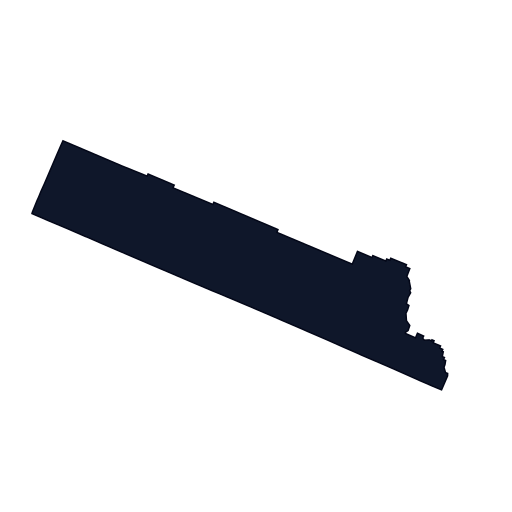 the district of Washoe, Nevada, United States of America, rotated 293°
{"feature_id": "52423323B90728161292494", "entity_name": "Washoe", "entity_type": "district", "adm_level": 2, "iso_a3": "USA", "parent_name": "United States of America", "parent_adm1": "Nevada", "projection": "albers", "projection_center": [-119.703, 40.582], "detail": "fine", "context": "isolated", "style": "filled", "palette": "ink", "viewbox_px": 512, "rotation_deg": 293, "n_neighbors": 0, "source": "geoboundaries", "source_scale": "gbopen_adm2", "svg_char_len": 1487}
<svg xmlns="http://www.w3.org/2000/svg" viewBox="0 0 512 512"><g transform="rotate(293 256 256)"><path d="M205.7,435.1L205.5,446.1L205.4,453.1L205.3,455.4L205.3,455.8L205.3,459.3L205.3,461.3L205.2,469.2L205.2,469.7L205.3,479.1L220.5,479.2L222.8,478.3L222.7,476.0L227.1,472.5L229.8,472.4L233.9,471.4L233.9,469.1L236.2,469.1L236.2,466.8L241.0,465.8L240.8,464.4L243.0,464.4L243.1,461.0L245.3,461.0L245.3,453.0L247.6,453.0L247.6,450.7L246.4,450.7L246.5,448.4L244.3,443.9L245.4,441.5L247.8,441.6L248.0,434.8L243.0,434.8L243.0,434.0L243.1,423.9L244.0,423.3L246.8,425.1L252.1,424.7L255.2,419.8L261.9,416.4L265.4,416.6L270.2,416.1L270.8,413.1L277.4,412.1L282.6,412.7L284.1,411.0L286.3,411.2L293.6,406.3L293.1,407.2L296.1,402.8L304.5,402.5L304.5,397.9L306.8,397.9L306.6,380.9L304.4,380.9L304.3,377.5L302.1,377.5L302.0,363.4L299.9,363.4L299.9,347.6L286.1,347.8L285.9,266.0L288.9,265.9L289.0,196.2L286.6,196.2L286.3,152.9L289.3,153.0L289.3,124.6L287.0,124.6L286.5,96.9L286.6,54.9L286.6,33.3L282.4,33.2L272.5,33.1L239.5,33.0L232.0,32.8L225.1,32.9L222.4,32.8L220.7,32.8L208.9,33.0L207.5,33.2L207.4,52.1L207.5,71.8L207.3,91.5L207.4,92.5L207.2,111.2L207.0,161.0L206.9,210.0L206.9,210.9L206.9,211.1L206.9,229.4L207.0,234.0L207.1,268.8L207.0,296.9L207.0,297.0L206.9,306.1L206.9,306.3L206.8,327.7L206.7,333.2L206.7,335.4L206.7,336.3L206.6,354.5L206.3,371.0L206.2,382.2L206.2,382.3L206.1,389.5L206.0,391.4L205.9,420.3L205.7,435.1L205.7,435.1Z" fill="#0f172a" stroke="#020617" stroke-width="1.5"/></g></svg>